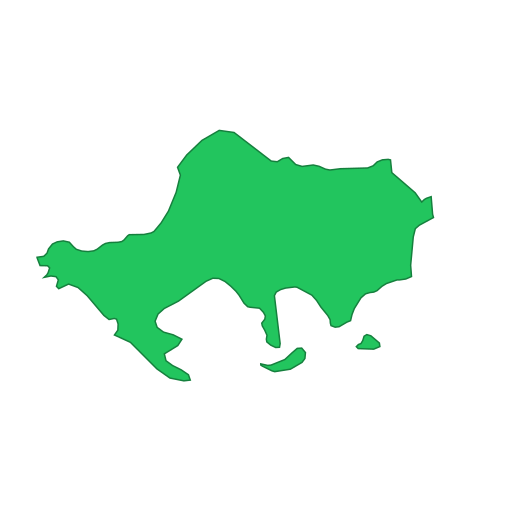 the Province of Batangas, rotated 316°
{"feature_id": "PHL-2564", "entity_name": "Batangas", "entity_type": "Province", "adm_level": 1, "iso_a3": "PHL", "parent_name": "Philippines", "parent_adm1": "", "projection": "natural_earth1", "projection_center": [120.943, 13.875], "detail": "fine", "context": "isolated", "style": "filled", "palette": "green", "viewbox_px": 512, "rotation_deg": 316, "n_neighbors": 0, "source": "natural_earth", "source_scale": "10m", "svg_char_len": 2403}
<svg xmlns="http://www.w3.org/2000/svg" viewBox="0 0 512 512"><g transform="rotate(316 256 256)"><path d="M419.5,280.3L411.6,290.4L414.4,321.1L412.7,332.3L416.3,332.3L418.7,332.9L423.2,335.0L412.0,348.7L410.4,351.6L394.9,347.3L389.6,347.0L382.4,351.5L360.8,370.1L353.6,378.8L347.8,376.6L342.5,372.8L340.9,371.2L330.7,366.4L325.7,365.3L319.0,365.0L315.7,363.8L312.5,361.4L308.5,359.3L302.4,359.0L290.2,362.1L284.4,364.8L279.1,368.2L275.4,366.7L266.7,364.6L263.5,362.2L261.6,358.2L262.9,355.9L265.1,353.3L266.3,348.6L267.2,337.8L268.7,330.1L269.0,323.0L263.8,306.9L262.4,305.2L255.0,299.6L250.3,297.2L245.5,296.0L241.7,297.3L212.5,335.8L209.5,338.0L206.6,335.5L204.7,330.4L204.1,325.3L205.7,323.0L208.8,320.7L210.7,315.6L212.0,310.6L213.5,308.3L218.4,307.6L221.1,305.6L222.2,301.8L222.3,296.0L216.1,288.7L214.8,286.7L214.6,281.7L216.6,272.4L217.1,267.4L216.9,260.2L216.0,252.8L213.7,246.4L209.5,242.0L202.6,239.5L168.9,234.6L153.5,230.0L145.2,229.7L138.1,232.8L135.3,238.7L136.6,246.5L141.7,255.2L144.9,264.4L137.5,266.1L122.1,262.7L118.5,268.8L119.9,276.9L123.1,285.9L124.9,294.5L122.5,299.6L117.4,295.7L109.3,284.0L106.3,268.3L105.7,230.9L99.3,214.5L105.1,213.4L109.6,209.1L111.8,204.6L110.7,202.5L106.2,199.6L105.3,193.1L107.0,167.3L106.1,155.1L101.7,146.0L91.4,142.5L91.4,139.2L97.2,135.9L97.8,132.0L94.6,127.9L88.8,124.2L92.4,124.3L94.9,123.6L99.3,121.2L99.3,118.2L94.0,112.9L97.3,105.2L97.6,104.8L103.1,108.8L107.6,108.8L111.7,106.8L117.9,106.0L122.8,107.7L127.9,111.3L131.3,116.4L131.1,122.4L131.4,126.4L134.1,131.4L138.3,136.2L142.9,139.6L146.5,140.8L153.2,141.5L156.4,142.4L160.1,144.7L166.3,150.3L169.5,152.4L172.0,152.8L177.7,152.3L179.6,152.6L190.4,162.7L196.6,166.6L199.7,167.5L210.7,166.3L224.2,162.9L242.7,154.8L257.8,145.3L261.2,137.7L276.4,135.2L297.5,135.3L316.8,140.1L326.0,151.9L332.9,198.3L336.8,203.0L342.9,204.4L347.9,207.7L348.1,217.8L351.4,223.6L360.4,230.3L363.7,235.3L366.3,241.8L368.9,245.5L377.4,251.9L397.4,270.2L402.9,272.5L408.5,272.5L413.7,274.6L418.2,278.3L419.5,280.3ZM215.0,350.7L221.5,351.1L224.9,354.0L224.5,359.8L220.0,363.7L215.2,364.5L202.1,361.3L189.1,352.2L187.7,349.7L184.1,339.7L183.7,337.8L184.5,336.9L188.4,342.8L191.0,344.9L204.8,350.5L215.0,350.7ZM282.2,407.2L276.0,404.8L265.2,393.6L265.2,390.9L268.2,390.8L270.7,391.9L274.0,391.0L278.0,388.8L281.1,389.5L283.2,393.2L284.3,404.3L282.2,407.2Z" fill="#22c55e" stroke="#15803d" stroke-width="1.5"/></g></svg>